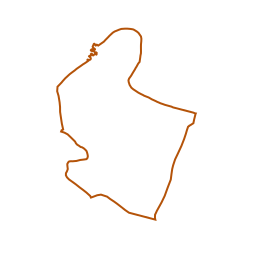 outline of Keo Oudom, Vientiane, Laos, rotated 42°
{"feature_id": "54806243B75308999712701", "entity_name": "Keo Oudom", "entity_type": "district", "adm_level": 2, "iso_a3": "LAO", "parent_name": "Laos", "parent_adm1": "Vientiane", "projection": "orthographic", "projection_center": [102.503, 18.574], "detail": "fine", "context": "isolated", "style": "outline", "palette": "amber", "viewbox_px": 256, "rotation_deg": 42, "n_neighbors": 0, "source": "geoboundaries", "source_scale": "gbopen_adm2", "svg_char_len": 3350}
<svg xmlns="http://www.w3.org/2000/svg" viewBox="0 0 256 256"><g transform="rotate(42 128 128)"><path d="M168.6,71.9L168.3,72.1L168.1,72.2L167.7,72.4L166.4,72.8L149.1,81.8L147.8,82.5L146.9,82.8L146.1,83.0L144.3,83.9L139.9,86.1L137.9,86.9L135.6,87.9L134.0,88.4L132.0,89.1L131.2,89.3L130.8,89.4L128.2,90.2L126.7,90.7L122.9,91.5L120.8,92.3L118.4,93.2L116.9,93.5L114.9,94.1L112.1,94.8L107.3,95.5L106.1,95.7L103.5,95.8L100.4,94.9L97.8,93.4L96.4,92.2L95.7,90.5L95.5,88.5L95.3,86.8L94.8,84.5L94.6,83.4L94.4,82.4L94.0,80.1L93.5,78.1L93.3,76.7L93.0,75.5L92.5,73.4L92.4,72.2L92.4,71.9L92.4,71.1L91.9,70.4L89.9,67.4L88.9,66.0L87.6,63.8L86.4,62.4L83.1,58.8L81.8,57.3L79.8,54.6L78.2,52.7L76.4,51.3L72.2,50.3L70.0,50.4L66.7,51.0L65.6,51.4L63.6,52.7L60.8,54.8L59.0,56.5L56.7,58.9L55.5,61.1L54.7,62.8L53.5,65.2L52.9,67.4L52.5,71.9L52.5,72.2L52.5,73.3L52.4,75.8L52.3,77.5L52.3,80.0L50.7,86.7L50.3,86.8L49.9,86.8L49.6,86.8L49.2,86.9L49.0,87.0L48.9,87.3L48.8,87.6L48.9,88.0L48.9,88.3L48.6,88.4L48.3,88.3L47.9,88.1L47.6,88.0L47.2,87.9L46.7,87.9L46.5,88.0L46.4,88.2L46.4,88.6L46.8,89.6L47.0,90.1L47.0,90.3L47.1,90.7L47.2,90.9L47.3,91.2L47.6,91.4L48.0,91.5L48.5,91.6L49.0,91.6L49.4,91.6L49.8,91.5L50.3,91.5L50.7,91.5L50.8,91.6L50.9,91.8L50.7,92.0L49.9,92.4L49.3,92.7L49.0,93.0L48.8,93.3L48.5,93.6L48.3,94.1L48.3,94.5L48.3,94.8L48.3,95.0L48.5,95.2L49.0,95.2L49.4,95.0L49.7,94.9L50.3,94.5L51.1,94.0L51.5,93.7L51.8,93.7L52.1,93.7L52.4,93.8L52.7,94.0L52.9,94.0L53.1,94.0L53.2,93.9L53.5,93.5L53.7,93.2L53.8,93.1L54.1,93.1L54.4,93.1L54.5,93.3L55.2,94.0L55.3,94.2L55.4,94.4L55.4,94.6L55.2,94.7L54.5,94.8L54.2,94.9L54.0,95.0L53.8,95.3L53.7,95.7L53.7,96.2L53.7,97.1L53.5,97.4L53.3,97.5L53.0,97.5L52.0,97.2L51.4,97.0L51.2,97.1L51.0,97.3L51.0,97.6L51.0,98.0L51.6,98.5L51.8,98.6L51.9,98.9L51.9,99.2L51.7,99.6L51.4,100.0L51.1,100.2L51.0,100.5L51.1,100.8L51.5,100.8L52.1,100.8L52.9,100.7L53.3,100.9L53.8,101.2L54.1,101.6L54.2,102.3L54.0,102.9L53.6,103.4L53.1,103.7L52.5,104.0L52.2,104.2L52.2,104.4L52.3,104.6L52.7,104.7L53.5,104.8L53.4,105.4L53.2,106.1L53.0,107.0L52.7,108.2L52.4,109.4L52.1,110.2L51.3,113.8L50.6,116.7L50.2,118.5L49.9,120.8L49.3,123.7L48.7,126.8L48.5,128.7L48.3,131.1L48.1,132.9L48.1,134.8L48.1,137.0L48.2,138.4L48.1,141.8L48.0,144.5L50.8,148.1L54.9,150.6L60.0,154.7L63.4,157.8L66.8,161.5L72.0,165.8L75.9,169.0L80.8,172.5L80.2,174.1L80.7,175.4L83.8,174.0L87.4,173.1L91.4,173.2L95.9,173.4L97.8,173.5L99.5,174.2L101.4,174.4L103.4,174.0L105.5,173.8L106.7,173.1L108.7,172.7L110.5,172.7L112.3,172.8L113.8,173.5L115.6,174.7L117.0,175.8L117.9,177.3L118.0,178.9L116.7,180.5L115.5,181.9L113.9,183.7L111.8,186.9L109.0,189.9L107.9,190.8L106.9,191.9L106.5,192.7L106.6,193.8L107.0,195.4L108.2,196.6L109.9,198.1L110.7,198.8L111.1,199.7L111.5,200.7L111.8,201.7L112.1,203.1L113.5,204.7L114.3,205.0L115.7,205.5L118.6,205.7L126.7,204.8L131.7,204.5L135.8,204.1L140.2,203.8L145.4,203.8L147.0,204.5L148.1,202.5L150.1,198.6L152.5,195.6L158.4,193.0L162.2,192.7L166.8,192.0L170.5,191.6L174.5,191.3L180.6,190.9L185.4,190.3L209.6,177.8L208.2,176.8L206.1,174.3L205.7,172.8L204.9,170.3L202.7,160.8L200.7,153.9L197.4,145.8L194.3,137.7L191.1,133.1L188.3,128.9L186.5,125.5L184.0,119.8L182.2,113.7L179.7,105.6L177.1,98.7L174.8,93.4L174.1,92.0L173.1,89.9L171.8,86.8L172.1,85.6L172.0,85.3L172.4,84.3L173.4,80.7L171.5,77.5L168.7,72.2L168.6,71.9Z" fill="none" stroke="#b45309" stroke-width="2"/></g></svg>